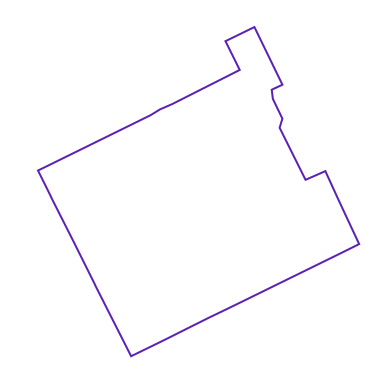 the district of St. Joseph, Indiana, United States of America, rotated 154°
{"feature_id": "52423323B40816169935337", "entity_name": "St. Joseph", "entity_type": "district", "adm_level": 2, "iso_a3": "USA", "parent_name": "United States of America", "parent_adm1": "Indiana", "projection": "albers", "projection_center": [-86.288, 41.597], "detail": "fine", "context": "isolated", "style": "outline", "palette": "violet", "viewbox_px": 384, "rotation_deg": 154, "n_neighbors": 0, "source": "geoboundaries", "source_scale": "gbopen_adm2", "svg_char_len": 582}
<svg xmlns="http://www.w3.org/2000/svg" viewBox="0 0 384 384"><g transform="rotate(154 192 192)"><path d="M321.0,278.8L320.8,251.2L320.9,247.5L320.2,199.5L319.8,152.2L319.9,150.1L319.6,131.5L319.6,130.2L318.7,71.1L305.6,71.1L284.3,71.1L284.1,71.1L282.8,71.1L254.8,71.4L233.4,71.6L228.7,71.6L207.0,71.5L203.2,71.5L76.9,71.8L67.3,71.9L64.6,71.9L63.8,119.7L63.4,136.1L63.0,152.3L84.6,153.2L85.1,211.3L78.6,218.3L78.5,240.2L75.5,249.0L63.7,248.8L63.6,312.9L95.8,312.9L95.6,280.8L171.5,279.7L184.4,280.3L195.6,279.2L321.0,278.8Z" fill="none" stroke="#5b21b6" stroke-width="2"/></g></svg>